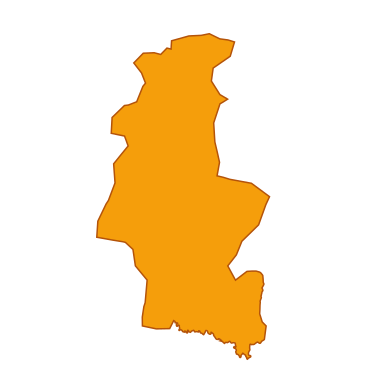 outline of Tariat, Arhangay, Mongolia, rotated 97°
{"feature_id": "93677404B47373317082591", "entity_name": "Tariat", "entity_type": "district", "adm_level": 2, "iso_a3": "MNG", "parent_name": "Mongolia", "parent_adm1": "Arhangay", "projection": "albers", "projection_center": [100.344, 48.242], "detail": "fine", "context": "isolated", "style": "filled", "palette": "amber", "viewbox_px": 384, "rotation_deg": 97, "n_neighbors": 0, "source": "geoboundaries", "source_scale": "gbopen_adm2", "svg_char_len": 5955}
<svg xmlns="http://www.w3.org/2000/svg" viewBox="0 0 384 384"><g transform="rotate(97 192 192)"><path d="M60.2,257.3L71.0,265.5L80.0,256.6L89.6,251.4L93.1,253.6L109.2,257.9L113.4,265.7L114.4,269.6L127.8,280.4L130.4,280.2L143.6,279.3L144.7,265.8L148.5,263.8L154.1,261.0L164.4,267.5L173.6,273.2L192.4,269.5L210.5,273.9L214.4,275.8L232.4,281.9L248.5,281.0L249.2,268.4L249.4,264.8L249.8,254.4L250.1,252.0L256.2,243.6L272.2,239.2L284.9,225.8L307.6,225.0L311.6,225.8L322.2,226.1L331.0,224.9L332.2,210.8L330.3,197.5L321.9,194.5L322.1,194.1L322.3,193.6L322.5,193.3L322.7,193.0L322.9,192.9L323.1,192.9L323.3,192.9L323.6,192.9L323.8,192.9L323.9,192.7L323.9,192.4L323.9,192.1L323.8,191.9L323.7,191.5L323.7,191.3L323.7,190.9L323.8,190.6L323.9,190.4L324.0,190.3L324.3,190.6L324.3,190.8L324.5,191.0L324.9,190.9L325.0,190.9L325.1,191.0L325.4,191.3L325.6,191.4L325.8,191.4L326.1,191.3L326.4,191.1L326.7,191.0L327.0,190.8L327.1,190.6L327.1,190.4L327.0,190.2L326.8,190.0L326.5,189.9L326.1,189.6L325.8,189.4L325.7,189.2L325.8,188.8L325.9,188.5L326.2,188.3L326.5,188.3L326.9,188.3L327.2,188.2L327.6,188.0L327.9,187.9L328.3,187.8L328.9,187.7L329.4,187.7L329.8,187.9L330.1,188.0L330.5,188.2L330.9,188.0L331.0,187.8L330.9,187.5L330.6,187.3L330.4,187.1L330.2,187.0L330.0,186.7L330.2,186.2L330.2,185.8L330.4,185.4L330.7,185.0L330.9,184.7L331.3,184.6L331.5,184.4L331.7,184.2L331.8,183.9L331.8,183.4L331.9,183.2L332.0,182.9L332.0,182.7L332.0,182.4L331.8,182.3L331.7,182.3L331.3,182.2L330.9,182.1L331.0,181.7L331.3,181.3L331.5,181.2L331.8,181.0L332.1,180.7L332.3,180.4L332.4,180.1L332.5,179.6L332.4,179.4L332.1,179.3L331.9,179.2L331.5,179.4L331.1,179.5L330.9,179.7L330.5,179.6L330.0,179.5L329.7,179.2L330.0,178.7L330.7,178.3L331.0,178.0L331.2,177.6L331.4,177.0L331.5,176.7L331.4,176.4L331.2,176.2L330.9,176.0L330.4,175.7L330.2,175.6L330.1,175.4L329.8,174.9L329.6,174.5L329.3,174.1L329.2,173.9L329.1,173.5L329.3,173.2L329.5,173.0L329.8,172.8L330.0,172.7L330.3,172.5L330.5,172.2L330.5,171.9L330.4,171.6L330.2,171.3L330.1,170.7L330.0,170.3L330.0,169.9L330.1,169.5L330.1,169.1L330.2,168.7L330.0,168.3L329.8,168.2L329.5,168.3L329.2,168.4L328.9,168.3L328.9,168.1L329.0,167.6L329.1,167.4L329.3,167.2L329.5,167.1L330.1,166.8L330.5,166.6L330.8,166.3L330.9,166.0L330.9,165.7L331.0,165.1L331.2,164.7L331.5,164.3L331.8,163.9L332.0,163.6L332.2,163.2L332.0,162.9L331.5,162.7L331.2,162.6L330.9,162.4L330.5,162.3L329.9,162.1L329.5,161.8L329.2,161.8L328.8,161.7L328.5,161.7L328.2,161.5L327.8,161.3L327.8,161.0L327.7,160.6L327.8,160.3L328.1,159.9L328.7,159.5L329.4,159.2L329.9,159.0L330.1,158.8L330.3,158.5L330.5,158.2L330.8,157.7L330.9,157.3L331.0,156.8L330.9,156.4L330.7,156.1L330.4,155.9L330.1,155.8L329.9,155.8L329.6,155.9L329.2,156.0L328.9,155.9L328.9,155.7L329.0,155.4L329.4,154.9L329.6,154.5L329.9,154.0L330.2,153.6L330.4,153.4L330.6,153.3L331.0,153.2L331.5,153.1L331.9,152.9L332.3,152.5L332.6,152.2L332.8,152.1L333.0,151.9L333.3,151.5L333.8,151.1L334.3,150.8L334.7,150.5L334.9,150.1L335.2,149.6L335.2,149.2L335.2,148.6L334.9,147.8L334.8,147.4L334.4,147.5L334.4,147.0L334.7,146.5L335.0,145.9L335.7,144.9L336.3,145.9L336.6,144.0L337.2,142.9L337.9,142.1L338.3,141.2L338.0,141.0L337.4,140.6L337.1,140.0L337.2,138.5L336.3,137.3L335.7,136.8L335.7,136.2L336.2,135.6L336.9,134.9L337.1,134.5L337.0,134.0L336.9,133.6L336.7,133.4L336.6,133.0L336.5,132.3L336.5,131.7L336.6,131.2L336.7,130.9L336.8,130.7L337.1,130.6L337.5,130.4L337.8,130.4L338.3,130.3L339.2,130.0L339.9,129.6L340.4,129.6L340.8,129.9L340.8,130.3L340.7,130.6L340.5,130.9L340.5,131.1L340.4,131.3L340.8,131.6L341.1,131.7L341.3,131.7L341.5,131.6L341.7,131.2L342.0,130.6L342.1,129.9L342.6,129.3L342.9,129.0L343.3,128.8L343.7,128.7L344.2,128.8L344.7,129.0L345.2,129.1L345.9,128.9L346.4,128.6L346.7,128.4L347.0,128.3L347.3,128.2L347.5,127.9L347.5,127.3L347.5,127.0L347.7,126.8L348.0,126.0L348.8,125.3L349.3,124.9L350.0,124.7L350.4,124.1L350.3,123.7L350.0,123.5L349.6,123.5L349.4,123.3L349.2,123.4L349.0,123.5L348.8,123.6L348.5,123.5L347.9,123.2L347.2,122.9L346.8,122.4L346.3,122.1L345.9,122.0L346.0,121.4L346.3,121.0L346.6,120.7L347.0,120.2L347.1,119.6L347.4,119.0L347.8,118.9L348.4,118.5L348.7,118.5L349.0,118.1L349.4,117.9L349.9,117.5L350.3,117.4L350.6,117.3L350.9,117.2L351.2,116.6L351.0,116.4L350.7,116.2L350.4,116.2L350.2,116.2L350.1,115.8L349.4,114.9L349.1,114.6L348.8,114.0L348.5,113.7L348.1,113.6L347.8,113.7L347.5,113.8L347.4,114.1L347.2,114.5L347.2,114.9L347.2,115.3L347.1,115.6L346.9,115.9L346.5,116.1L346.0,116.2L345.6,116.3L344.9,116.3L343.9,116.2L342.8,115.8L342.0,115.4L341.1,115.4L339.9,115.8L336.6,116.0L336.2,115.8L336.0,115.7L335.9,115.2L336.3,114.6L336.1,114.1L336.0,113.4L335.9,112.4L335.5,111.6L335.0,111.1L334.3,110.4L333.8,109.8L333.3,109.3L333.0,108.8L333.0,108.5L333.2,108.2L333.3,107.7L333.5,107.4L333.7,107.2L333.9,106.6L333.9,106.1L333.6,105.6L333.1,105.4L332.6,105.1L332.1,104.8L331.6,104.6L330.9,103.7L330.1,102.7L329.5,102.2L315.9,102.1L312.4,106.5L306.8,109.0L304.9,109.9L304.5,110.0L300.2,110.3L296.0,110.7L293.2,110.8L292.7,110.9L292.3,111.1L291.9,111.1L290.6,110.8L289.0,110.4L288.3,110.3L287.8,110.5L287.0,110.8L286.7,110.8L286.2,110.6L285.4,110.6L284.1,110.4L283.7,110.4L283.0,110.4L282.4,110.2L282.0,110.1L281.8,109.9L281.5,109.7L281.3,109.7L280.8,109.7L280.4,109.9L279.8,110.1L279.5,110.4L279.1,110.7L278.6,110.8L277.1,110.2L276.2,109.8L275.2,109.5L274.6,109.4L274.3,109.5L274.0,109.7L272.9,110.3L269.8,110.8L267.9,111.2L266.2,111.6L265.7,112.0L265.0,112.7L264.2,113.5L263.6,114.3L263.2,115.4L262.7,118.6L263.2,122.9L264.1,127.8L274.2,138.1L261.0,147.5L249.0,140.3L234.8,136.5L216.5,121.9L195.7,117.2L187.2,114.5L176.1,134.1L174.8,156.0L173.6,162.8L172.9,169.1L159.2,168.3L149.6,171.7L139.6,175.4L134.9,176.3L130.5,177.1L120.8,178.9L101.1,175.0L98.9,172.1L95.5,168.0L91.9,176.2L79.5,186.3L66.4,186.1L52.6,170.6L37.9,168.1L36.7,174.8L36.6,183.1L32.8,194.1L35.4,201.9L37.5,214.1L44.4,230.7L52.7,230.2L52.2,234.4L59.3,239.8L58.4,246.5L60.2,257.3Z" fill="#f59e0b" stroke="#b45309" stroke-width="1.5"/></g></svg>